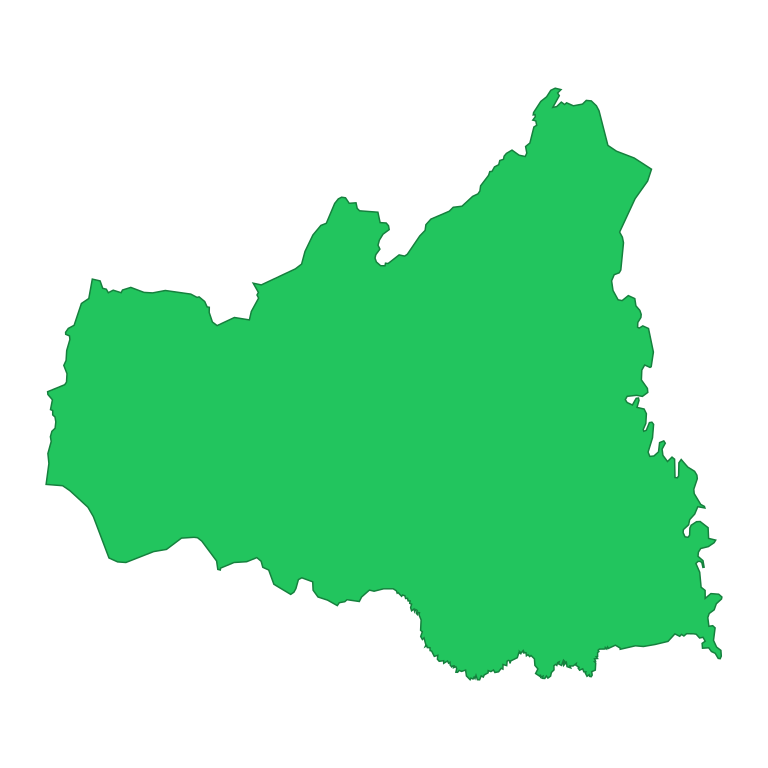 the district of Khian Sa, Surat Thani, Thailand
{"feature_id": "78962969B19485368092411", "entity_name": "Khian Sa", "entity_type": "district", "adm_level": 2, "iso_a3": "THA", "parent_name": "Thailand", "parent_adm1": "Surat Thani", "projection": "equal_earth", "projection_center": [99.16, 8.76], "detail": "fine", "context": "isolated", "style": "filled", "palette": "green", "viewbox_px": 768, "rotation_deg": 0, "n_neighbors": 0, "source": "geoboundaries", "source_scale": "gbopen_adm2", "svg_char_len": 6079}
<svg xmlns="http://www.w3.org/2000/svg" viewBox="0 0 768 768"><path d="M561.0,89.6L555.2,88.2L550.8,90.3L546.6,96.8L540.8,101.4L533.6,112.5L533.2,114.9L535.0,114.6L535.3,116.7L532.8,120.1L535.8,120.9L536.7,125.3L533.9,127.0L529.9,143.0L525.6,146.5L526.8,153.1L525.2,156.5L519.1,155.2L512.0,150.1L506.4,153.4L504.1,156.2L503.5,159.3L499.8,160.5L498.7,164.7L494.5,166.9L492.0,171.4L489.8,171.6L488.6,175.3L480.6,185.8L479.9,191.0L477.9,193.9L472.6,196.4L462.0,206.2L453.2,207.3L449.3,211.2L430.9,219.1L425.9,224.7L425.1,230.4L419.8,235.9L407.3,254.3L404.6,256.1L399.1,254.9L388.1,263.5L385.5,263.2L385.0,265.8L380.6,265.7L376.4,262.0L375.0,258.1L375.8,254.7L379.9,249.1L378.0,245.2L379.4,240.1L383.0,234.2L389.2,229.6L388.5,225.7L386.2,223.0L380.1,222.6L377.9,212.2L359.6,210.8L357.2,208.4L356.0,202.8L349.2,203.3L345.5,197.8L341.6,197.2L338.3,198.9L334.7,203.4L326.3,223.3L320.9,225.4L312.9,235.0L305.0,251.4L301.6,264.1L295.3,268.9L261.3,284.9L253.2,283.2L258.4,292.4L257.0,295.0L258.6,298.1L251.3,311.5L249.4,319.9L234.4,317.5L217.1,325.6L212.4,322.0L209.2,312.5L209.3,307.3L207.1,306.9L204.7,301.5L199.1,296.9L197.0,297.4L190.8,294.1L165.3,290.5L152.6,292.9L144.0,292.4L130.8,287.4L122.5,290.0L121.1,292.7L113.2,290.2L108.3,292.7L106.3,289.2L102.7,288.3L100.1,280.9L92.3,279.1L88.8,298.5L81.4,303.5L74.1,325.3L68.3,328.4L65.6,332.3L65.7,334.3L69.5,335.9L69.9,339.5L66.7,350.5L66.1,360.4L63.8,365.4L67.0,373.7L66.5,382.1L64.7,384.7L47.6,391.7L47.9,394.5L52.4,399.8L50.5,409.6L52.7,410.5L52.7,414.9L55.0,417.0L55.8,421.9L55.1,428.2L51.9,431.3L50.4,436.7L51.2,441.5L47.9,453.5L48.9,463.5L46.1,484.4L62.6,485.7L69.8,490.6L87.9,507.2L93.4,516.7L109.0,558.0L117.6,561.9L125.9,562.5L153.6,551.6L166.5,549.4L181.5,538.1L194.0,537.3L197.5,537.7L201.8,541.1L216.6,561.0L217.8,569.4L220.3,570.0L220.6,568.1L234.0,562.5L246.7,561.7L256.8,557.6L261.1,561.2L262.8,567.3L268.7,570.0L273.9,584.3L290.7,594.4L293.9,592.2L295.9,588.6L298.4,579.6L301.8,577.8L312.7,581.8L313.1,590.2L318.0,597.0L327.5,600.1L337.3,605.6L339.3,602.7L344.8,601.7L347.0,599.7L359.3,601.5L361.6,597.0L369.4,590.1L374.1,591.2L383.6,588.8L393.2,588.8L396.4,590.8L397.2,593.2L398.1,592.6L401.6,596.3L402.6,595.0L404.9,595.8L405.6,598.5L407.5,598.3L408.1,600.9L410.1,601.0L409.7,603.3L411.6,604.2L410.6,607.6L411.6,610.8L414.0,609.0L414.7,611.7L415.8,609.6L417.2,610.5L416.3,613.1L417.3,614.5L418.0,612.4L419.5,612.7L419.0,614.8L421.1,619.9L420.6,630.3L422.3,631.8L420.7,636.5L422.4,639.5L424.0,637.9L425.9,645.0L425.2,646.6L426.7,645.7L427.3,647.6L430.0,647.7L430.1,650.6L431.6,651.0L434.3,656.4L437.8,655.3L437.4,659.2L439.2,661.3L443.6,660.7L443.7,663.3L447.5,661.0L448.6,663.2L450.0,662.3L450.2,665.1L451.8,667.0L453.1,665.8L454.2,665.9L453.7,667.6L455.8,666.7L456.7,668.5L455.9,672.2L457.6,672.3L459.2,670.4L461.5,671.4L465.6,670.1L466.4,675.9L470.1,679.7L470.9,678.1L473.0,679.0L474.1,677.1L475.0,678.6L476.0,675.4L477.4,679.7L479.6,679.8L481.2,675.9L483.3,677.1L484.2,675.0L488.1,672.8L488.2,670.6L490.9,671.6L493.5,670.0L494.9,672.5L498.6,671.8L501.2,668.3L502.9,669.1L503.0,664.5L506.7,665.6L507.1,661.2L508.3,660.4L509.5,660.7L510.0,663.4L510.8,660.9L517.3,657.7L518.9,652.6L520.2,653.4L519.7,651.7L521.2,653.0L523.2,650.5L524.1,652.4L523.0,653.0L526.0,652.7L526.4,655.8L528.0,654.7L529.7,656.6L531.0,655.5L534.4,658.8L534.9,665.4L537.9,668.9L535.6,673.5L539.8,676.3L540.5,674.6L540.7,677.3L542.9,676.2L542.2,678.3L544.8,678.5L546.4,676.0L547.9,678.1L550.6,676.1L551.4,672.5L554.0,669.9L553.9,665.7L555.6,664.4L556.8,665.4L557.6,662.6L559.2,661.8L558.5,663.9L561.5,665.4L563.5,660.1L565.1,661.9L563.4,662.8L563.6,665.5L566.4,662.4L567.0,666.6L570.7,667.9L569.9,665.9L573.1,666.0L576.2,663.6L575.8,665.2L579.0,667.3L578.2,668.1L579.6,670.2L582.7,668.8L583.8,671.8L585.9,671.9L585.3,673.0L587.0,676.3L589.2,674.7L589.6,676.4L591.2,676.7L592.2,675.1L591.7,671.7L595.3,670.1L595.7,663.0L594.4,661.6L595.6,661.2L594.5,658.8L597.5,658.5L596.2,656.7L597.6,656.5L597.6,652.5L598.9,651.6L598.1,650.2L599.4,649.1L605.0,649.0L605.3,647.5L606.8,649.0L607.6,647.0L608.4,648.4L615.4,645.2L620.1,648.0L620.2,649.3L635.4,645.8L643.4,646.5L655.0,644.5L668.0,641.4L674.9,633.9L679.7,636.3L681.5,634.4L683.9,636.0L686.6,633.7L693.5,633.8L696.2,634.2L699.6,638.0L703.0,637.3L705.2,641.2L702.1,643.4L702.5,648.2L708.7,647.8L711.4,651.5L715.2,653.3L718.2,658.4L720.2,658.7L721.3,656.1L720.9,650.4L716.6,647.1L713.5,640.4L715.1,627.9L712.7,625.7L708.9,626.3L707.8,617.6L709.2,613.5L714.2,609.8L716.3,603.8L721.5,599.0L721.9,597.0L718.7,594.2L710.9,593.6L705.2,598.4L705.1,590.4L701.1,587.2L699.7,572.2L695.9,563.5L698.0,561.4L700.4,561.4L701.9,562.9L702.9,567.4L704.1,567.2L703.0,560.7L698.0,556.3L698.4,552.2L700.7,548.5L708.4,546.6L714.1,542.7L715.7,540.1L708.6,538.4L708.1,527.7L700.1,521.5L696.5,521.7L691.2,525.2L689.9,528.0L689.6,535.2L688.0,537.3L685.0,536.8L683.1,532.6L683.4,529.6L688.6,524.8L689.7,519.6L694.7,514.1L697.8,506.7L704.9,508.0L704.4,506.4L700.7,504.4L694.2,493.6L693.8,489.2L697.3,478.7L696.9,475.2L694.6,471.3L687.8,467.1L681.2,459.5L678.9,462.8L678.6,476.0L677.3,477.8L675.0,477.5L674.6,459.2L672.0,457.1L667.5,461.5L662.9,455.3L662.1,449.1L665.3,443.2L663.8,440.9L659.6,442.6L658.5,451.9L653.9,456.0L649.8,456.4L648.1,452.1L652.5,437.8L653.6,424.4L651.9,422.2L649.4,422.6L646.3,430.3L643.8,431.3L643.2,429.5L645.8,423.5L646.4,413.7L644.1,409.0L637.0,407.4L639.0,400.4L638.5,398.0L636.2,398.3L632.4,405.0L627.1,402.5L625.3,399.6L627.2,396.3L636.6,395.3L642.4,396.4L647.8,392.4L647.4,388.4L641.4,379.9L641.8,370.1L644.7,365.0L650.0,367.4L651.2,366.7L653.4,352.1L648.5,328.5L642.8,325.9L639.2,328.1L637.6,327.3L637.8,322.5L640.9,317.5L641.2,314.4L639.9,310.5L635.9,305.8L634.8,298.6L628.3,295.6L622.1,300.6L618.1,299.8L613.0,290.5L611.6,280.8L614.2,274.7L619.2,272.8L620.8,270.0L623.5,242.8L622.4,237.2L619.6,232.1L635.1,198.7L647.6,181.1L651.5,169.2L634.2,158.0L616.5,151.2L607.9,145.4L599.0,110.7L596.4,105.8L591.3,100.9L586.3,100.4L582.5,104.1L573.4,105.8L566.6,102.8L564.6,104.5L561.3,102.1L556.7,106.6L552.8,107.4L559.3,95.7L557.6,93.0L561.0,89.6Z" fill="#22c55e" stroke="#15803d" stroke-width="1.5"/></svg>